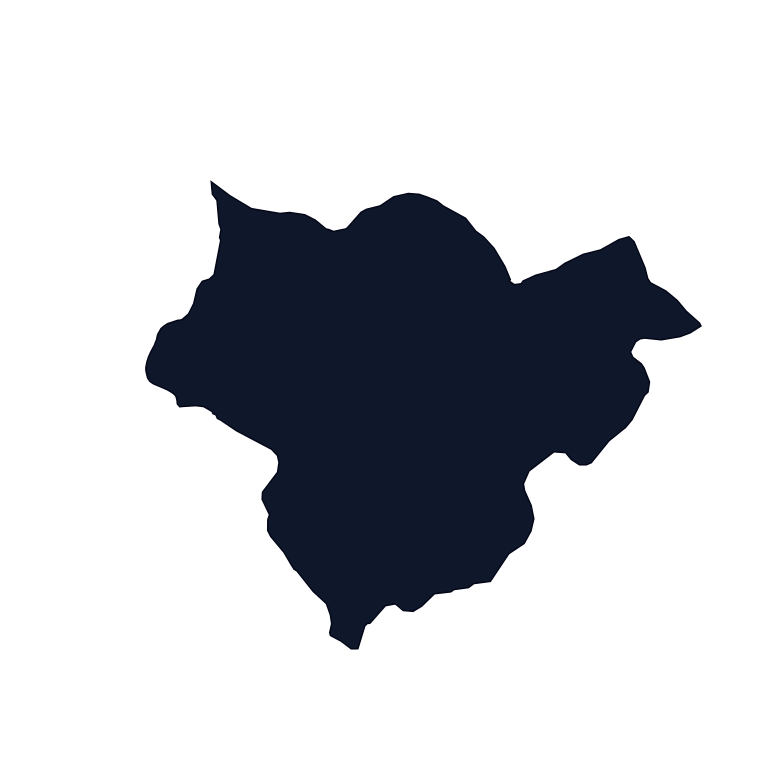 the district of Cabañas, Zacapa, Guatemala, rotated 299°
{"feature_id": "79465075B64001111402492", "entity_name": "Cabañas", "entity_type": "district", "adm_level": 2, "iso_a3": "GTM", "parent_name": "Guatemala", "parent_adm1": "Zacapa", "projection": "equal_earth", "projection_center": [-89.781, 14.891], "detail": "fine", "context": "isolated", "style": "filled", "palette": "ink", "viewbox_px": 768, "rotation_deg": 299, "n_neighbors": 0, "source": "geoboundaries", "source_scale": "gbopen_adm2", "svg_char_len": 2331}
<svg xmlns="http://www.w3.org/2000/svg" viewBox="0 0 768 768"><g transform="rotate(299 384 384)"><path d="M631.5,526.9L624.2,519.5L606.2,508.4L594.0,495.4L577.2,483.7L567.5,479.1L552.7,464.0L541.5,455.7L538.2,455.4L534.1,449.9L534.7,443.9L536.5,443.9L545.4,432.7L556.0,414.5L560.9,399.9L562.1,390.3L568.5,375.0L568.4,349.1L569.7,341.7L568.4,331.0L566.9,322.7L562.4,312.9L552.4,301.7L537.9,294.3L528.3,284.0L523.1,280.7L503.6,276.4L501.3,275.6L492.9,265.9L492.4,261.3L491.5,258.1L494.0,244.5L493.6,232.6L488.3,218.4L482.7,210.3L473.1,183.0L473.9,158.1L477.1,134.9L466.8,141.9L463.7,148.9L444.0,162.2L440.3,166.5L432.4,169.2L430.6,171.5L397.3,182.4L391.0,180.4L385.7,175.3L376.6,174.5L362.1,178.6L350.6,179.1L342.6,176.2L341.2,175.0L339.8,172.8L336.1,169.4L333.9,167.4L332.3,165.8L331.0,165.0L328.2,163.6L326.1,162.7L324.2,162.1L322.6,162.1L321.1,162.1L319.5,162.0L317.7,162.1L315.8,162.5L312.6,163.6L309.1,164.0L306.5,164.4L303.0,164.4L298.5,164.5L293.7,164.9L289.0,165.8L286.4,166.6L284.8,167.1L283.1,167.7L281.2,168.7L279.4,170.0L274.9,174.1L273.9,175.7L272.9,177.7L272.6,179.6L272.4,182.2L272.6,184.3L273.2,189.9L273.9,197.3L273.8,201.6L273.6,204.2L273.1,206.3L272.2,208.2L270.4,210.0L268.8,211.3L266.4,212.9L265.1,216.4L266.7,218.7L273.8,229.8L276.8,237.2L276.6,247.0L275.2,248.7L275.5,252.0L273.1,255.0L273.3,257.9L271.6,278.0L272.4,317.4L269.8,325.5L264.5,330.2L255.2,333.7L230.5,330.2L224.1,333.3L214.1,347.3L209.2,348.1L199.5,353.3L195.7,358.9L188.2,378.3L181.1,390.2L178.4,395.2L178.3,398.4L168.2,422.8L164.0,440.1L155.9,449.2L148.9,454.5L140.1,457.1L138.1,459.2L138.3,471.1L136.5,483.7L139.8,489.5L163.0,484.5L166.3,485.4L168.0,487.7L190.8,492.7L197.2,500.6L195.2,510.6L199.3,519.7L208.1,524.7L225.0,529.8L234.6,543.2L238.2,544.9L246.9,556.6L253.0,559.3L262.9,572.7L296.0,575.4L312.6,583.9L326.6,583.8L338.7,580.4L349.1,571.6L358.8,558.7L364.3,554.3L378.2,553.0L407.1,565.5L412.0,576.1L408.8,584.4L408.1,594.1L411.5,600.2L415.6,603.4L443.4,608.3L463.1,616.3L473.0,618.2L500.3,617.3L505.0,618.8L514.5,615.2L524.1,603.7L526.4,599.2L528.0,588.6L531.5,584.0L542.9,583.6L547.6,586.0L550.6,589.8L557.1,605.1L569.0,620.0L577.2,627.0L588.4,633.1L590.2,630.5L594.2,612.9L599.2,600.0L602.0,585.3L601.7,568.0L604.0,563.6L605.9,561.8L612.2,555.9L629.7,533.7L631.5,526.9Z" fill="#0f172a" stroke="#020617" stroke-width="1.5"/></g></svg>